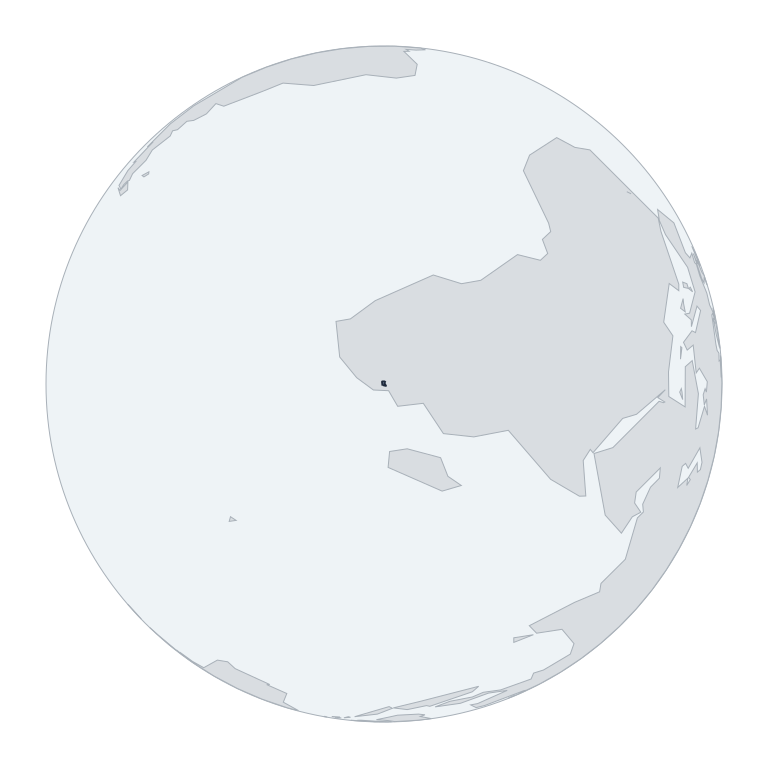 Manzini highlighted on a globe, orthographic projection, rotated 90°
{"feature_id": "SWZ-536", "entity_name": "Manzini", "entity_type": "District", "adm_level": 1, "iso_a3": "SWZ", "parent_name": "eSwatini", "parent_adm1": "", "projection": "orthographic", "projection_center": [31.309, -26.515], "detail": "fine", "context": "on_globe", "style": "filled", "palette": "slate", "viewbox_px": 768, "rotation_deg": 90, "n_neighbors": 0, "source": "natural_earth", "source_scale": "10m", "svg_char_len": 5764}
<svg xmlns="http://www.w3.org/2000/svg" viewBox="0 0 768 768"><g transform="rotate(90 384 384)"><circle cx="384" cy="384" r="338" fill="#eef3f6" stroke="#a8b0b8"/><path d="M48.1,347.2L49.8,342.5L50.1,352.0L49.4,361.8L51.3,358.9L51.4,364.1L64.3,350.8L75.4,353.0L78.1,371.7L74.7,402.0L85.5,454.3L83.1,485.0L91.8,506.6L106.2,544.2L103.6,552.1L113.9,561.6L120.4,574.3L121.3,581.1L129.7,590.5L130.8,595.4L136.0,597.8L150.0,615.7L160.3,622.0L173.7,635.4L180.4,638.6L181.0,640.5L184.7,644.3L189.2,647.1L185.4,649.0L170.5,640.1L161.6,632.3L162.1,634.1L141.8,614.8L146.9,620.7L123.7,597.5L105.8,574.2L77.4,526.1L67.3,501.9L59.1,477.0L52.9,451.5L48.7,425.7L46.4,399.5L46.2,373.3L48.1,347.2ZM195.7,647.5L187.7,650.0L190.4,647.9L182.0,640.1L189.9,640.4L195.7,647.5ZM175.5,625.9L171.8,619.1L173.9,619.3L176.9,624.1L175.5,625.9ZM348.6,47.9L348.0,48.0L344.3,48.5L347.5,48.5L333.9,51.9L323.5,53.8L322.6,52.0L307.8,55.1L311.8,53.9L348.6,47.9ZM694.8,251.3L695.2,252.2L690.2,241.1L690.6,244.0L705.5,283.3L707.6,291.9L704.9,297.3L703.6,290.4L690.4,260.8L693.1,279.5L703.3,307.6L706.9,332.9L701.3,318.1L697.0,295.7L692.3,284.7L689.9,267.3L679.0,236.9L673.1,234.4L670.0,224.5L654.1,197.7L643.6,194.0L629.3,206.0L633.2,231.4L625.7,238.7L602.3,193.3L591.8,168.4L583.4,167.0L559.3,142.7L517.9,130.6L512.0,124.6L504.2,125.3L487.2,117.5L478.2,108.6L467.9,107.7L492.0,131.8L503.0,133.4L512.2,127.2L516.8,135.7L533.2,146.6L515.1,162.8L453.5,174.0L447.6,155.1L401.3,108.9L402.7,104.5L402.5,104.1L402.0,103.2L397.6,110.2L389.7,102.7L414.3,131.5L418.4,145.3L452.7,175.0L449.4,177.7L460.5,184.8L496.0,182.2L496.2,188.6L479.3,217.4L430.3,259.7L436.9,294.2L433.6,324.6L403.3,344.7L406.3,370.3L390.7,379.4L390.0,394.6L377.7,411.3L357.0,428.3L321.4,432.0L318.9,417.6L300.6,392.7L275.0,334.7L283.7,306.5L280.3,287.2L254.6,250.5L260.3,227.6L253.5,220.3L239.4,225.6L231.6,217.3L223.1,219.4L170.7,244.6L155.1,238.4L137.6,211.3L147.4,193.1L149.9,178.1L218.1,109.8L231.6,107.0L284.2,89.2L290.7,89.2L283.5,98.8L322.2,104.3L335.8,95.1L371.9,99.5L396.5,99.2L406.9,82.9L366.7,82.7L360.6,75.8L393.7,69.6L429.0,72.4L427.8,69.9L406.3,63.5L415.2,60.5L398.9,61.4L404.9,63.7L394.8,64.8L388.7,62.9L392.1,61.6L381.7,60.7L368.2,68.6L372.9,71.8L345.1,74.8L350.1,80.8L342.3,84.5L330.8,76.0L332.6,72.5L310.5,67.4L306.1,71.0L326.7,76.6L319.9,76.7L314.1,83.2L313.2,78.4L291.9,72.9L267.3,80.4L234.6,102.5L220.6,108.6L209.5,110.4L222.9,94.1L252.8,82.6L257.9,78.1L253.2,76.2L262.6,73.4L264.4,71.6L275.8,68.2L293.1,61.2L304.9,58.4L313.0,54.6L320.1,53.0L313.3,55.4L314.9,56.2L344.3,52.1L350.4,50.9L353.2,49.1L361.0,48.9L360.0,47.8L377.5,46.8L355.3,47.6L358.1,47.1L382.8,46.1L407.5,46.9L432.1,49.5L456.4,53.9L480.3,60.1L503.8,68.0L526.6,77.6L548.6,88.9L569.7,101.7L589.9,116.0L608.9,131.8L626.7,148.9L643.3,167.3L658.4,186.8L672.1,207.4L684.2,228.9L694.8,251.3ZM193.8,136.9L191.7,141.2L193.8,136.9ZM466.3,85.8L487.5,90.3L478.1,80.1L485.5,81.3L479.6,77.7L477.3,79.4L462.9,70.8L472.1,70.6L469.6,67.6L462.3,66.0L447.8,68.1L468.3,79.8L463.4,82.4L466.3,85.8ZM262.7,68.8L266.1,67.8L261.1,70.1L246.2,76.2L253.3,72.6L262.7,68.8ZM272.2,66.1L275.4,64.0L284.8,61.0L279.0,62.8L284.9,61.0L277.1,63.8L282.9,63.9L278.8,66.2L253.5,74.7L264.0,70.3L260.0,71.2L272.2,66.1ZM298.6,84.9L303.7,84.4L311.8,82.8L308.3,87.4L298.6,84.9ZM283.7,81.1L288.4,79.6L287.4,84.3L282.1,85.3L283.7,81.1ZM291.8,75.4L288.7,79.2L287.2,77.7L291.8,75.4ZM317.7,54.5L322.8,53.4L323.1,53.7L319.9,54.8L317.7,54.5ZM399.6,85.3L392.1,88.3L388.6,86.7L391.9,86.0L399.6,85.3ZM347.7,86.1L359.2,87.5L346.6,87.3L347.7,86.1ZM520.4,531.9L521.4,538.8L516.7,537.5L520.4,531.9ZM491.1,325.9L467.4,379.9L451.5,378.4L448.8,360.8L457.7,327.4L476.3,320.1L485.5,306.7L491.1,325.9ZM717.0,428.1L716.8,435.0L716.5,436.2L717.0,428.1ZM717.3,417.5L717.8,424.1L716.7,419.6L717.3,417.5ZM717.8,426.7L718.2,430.3L718.4,430.7L718.0,433.2L717.8,426.7ZM716.7,413.4L710.2,391.2L706.6,378.9L708.3,375.6L714.1,390.6L716.7,413.4ZM707.9,374.7L701.3,347.5L686.3,289.3L691.8,295.7L706.3,338.2L705.6,341.5L709.6,360.7L707.9,374.7ZM720.3,351.2L720.6,356.4L721.6,373.2L720.6,379.4L719.7,391.6L716.9,378.2L715.2,370.5L714.1,349.5L714.8,343.0L716.5,347.7L718.6,336.6L719.5,343.9L720.3,351.2ZM634.7,234.6L642.4,254.2L637.8,254.2L634.7,234.6ZM698.3,260.0L696.7,256.7L695.0,252.5L696.0,254.3L698.3,260.0ZM607.8,637.1L604.2,640.3L606.4,638.1L619.0,626.7L614.8,630.8L607.8,637.1ZM627.9,617.8L627.6,618.1L635.2,609.6L650.8,591.0L649.9,591.5L656.0,584.2L652.1,588.3L661.4,575.5L667.7,564.3L660.1,550.6L661.8,540.3L668.6,532.9L684.5,498.3L684.6,501.3L693.5,481.2L702.2,484.7L710.6,469.5L707.8,480.7L699.1,506.0L688.5,530.5L676.0,554.0L661.7,576.5L645.6,597.9L627.9,617.8ZM716.6,443.7L716.3,443.3L717.1,440.8L716.6,443.7ZM721.8,394.0L721.7,394.6L720.6,413.6L720.2,417.1L721.6,397.0L720.3,410.8L720.2,407.3L721.2,392.1L721.8,379.3L721.8,376.4L721.9,381.0L721.9,379.8L721.8,390.5L721.8,391.3L721.8,394.0Z" fill="#d9dde1" stroke="#a8b0b8" stroke-width="1"/><path d="M381.3,385.7L381.2,385.2L381.2,384.4L381.2,383.8L381.3,383.3L381.8,382.7L382.7,383.2L382.7,383.3L382.8,383.4L383.1,383.5L383.3,383.5L383.5,383.6L383.8,383.6L383.8,383.4L383.8,383.2L383.9,382.9L384.0,382.8L384.1,382.7L384.3,382.6L384.5,382.6L385.0,382.4L385.1,382.2L385.3,382.0L385.6,382.0L385.7,381.9L385.9,381.9L386.0,382.2L386.0,382.3L386.0,382.6L386.0,382.8L385.9,382.9L385.9,383.0L385.7,383.1L385.7,383.3L385.6,383.5L385.6,383.8L385.5,384.0L385.4,384.0L385.5,384.1L385.5,384.4L385.5,384.6L385.2,384.8L385.0,385.2L384.9,385.3L384.9,385.5L384.7,385.4L384.5,385.5L384.4,385.6L384.1,385.7L384.0,385.8L384.0,386.0L383.9,386.0L383.7,385.8L383.6,385.7L383.4,385.8L383.0,386.0L382.8,386.1L382.7,386.1L382.8,386.0L382.7,385.9L382.7,385.7L382.3,385.5L382.2,385.5L381.8,385.5L381.7,385.5L381.4,385.7L381.3,385.7Z" fill="#64748b" stroke="#1e293b" stroke-width="1.5"/></g></svg>